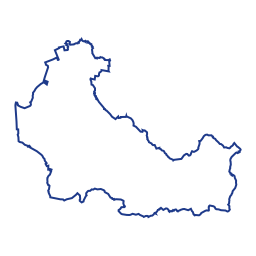 Somcuta Mare, Maramures, Romania (Mercator projection)
{"feature_id": "2599482B12476623860037", "entity_name": "Somcuta Mare", "entity_type": "district", "adm_level": 2, "iso_a3": "ROU", "parent_name": "Romania", "parent_adm1": "Maramures", "projection": "mercator", "projection_center": [23.535, 47.493], "detail": "fine", "context": "isolated", "style": "outline", "palette": "blue", "viewbox_px": 256, "rotation_deg": 0, "n_neighbors": 0, "source": "geoboundaries", "source_scale": "gbopen_adm2", "svg_char_len": 5752}
<svg xmlns="http://www.w3.org/2000/svg" viewBox="0 0 256 256"><path d="M228.5,211.2L229.8,209.6L229.3,208.1L229.4,206.1L228.2,204.6L228.9,203.8L229.2,202.6L229.1,202.2L229.4,200.4L229.2,199.2L230.2,196.3L231.5,194.7L231.8,193.7L232.2,193.3L232.7,191.1L235.2,188.0L236.3,184.7L236.0,182.7L236.1,180.6L234.8,177.8L234.6,176.2L233.5,175.1L232.6,174.8L232.3,175.6L231.5,175.2L231.7,174.2L231.4,173.6L230.4,173.7L230.2,172.7L229.3,171.6L229.7,169.6L230.3,168.0L230.1,167.2L230.8,164.7L230.6,161.6L230.3,160.9L230.4,159.2L231.6,157.0L235.9,152.8L236.7,152.5L237.6,153.1L239.4,152.2L238.8,151.4L239.9,151.0L240.3,150.5L240.6,149.5L240.1,148.8L237.9,146.9L237.2,146.6L234.3,143.0L233.4,144.1L233.0,145.1L232.2,145.9L230.7,146.8L230.3,147.7L229.4,148.3L227.3,147.9L226.2,147.3L224.1,147.5L223.0,145.6L221.1,144.1L219.7,143.9L218.6,142.5L216.0,140.1L215.3,138.9L213.5,138.1L213.2,137.1L212.8,137.1L212.8,136.5L212.4,136.4L211.5,135.3L208.3,135.3L207.4,134.7L206.5,134.7L205.4,134.9L203.8,136.2L202.6,138.3L200.6,140.9L199.2,141.1L199.6,142.3L199.5,144.1L198.3,147.6L198.4,148.5L198.1,149.2L196.6,150.5L194.2,151.8L193.4,151.8L192.1,151.2L191.3,152.6L190.6,154.7L189.7,155.5L188.8,155.6L187.3,154.0L186.2,153.9L183.9,155.4L181.4,158.9L174.2,159.8L173.3,160.4L173.1,159.8L169.6,158.3L168.8,157.2L168.1,156.9L167.4,155.7L166.4,154.9L166.2,154.0L164.8,153.0L164.1,151.4L163.6,150.9L161.7,150.3L160.8,149.1L159.4,148.6L159.4,147.8L156.4,148.6L154.7,145.0L153.0,145.1L152.0,144.3L151.6,143.5L149.0,142.2L148.6,141.0L147.9,140.2L147.6,138.9L147.3,138.9L147.4,137.4L147.1,137.3L147.0,136.2L146.7,135.5L147.1,134.1L147.0,132.3L144.7,130.4L144.1,130.6L143.0,130.2L143.1,130.4L142.7,130.7L142.4,131.8L140.5,131.6L136.0,126.8L133.5,125.6L133.7,123.8L133.4,122.2L132.5,120.2L130.9,118.4L126.4,116.3L126.3,115.9L126.0,116.9L120.9,117.0L120.9,117.5L120.5,117.8L118.6,118.0L118.2,116.5L115.5,119.1L112.0,116.7L110.2,114.2L106.5,110.5L105.6,110.2L105.1,109.1L104.0,109.0L103.9,107.9L98.8,101.8L97.3,99.0L97.0,99.5L96.3,99.1L96.4,98.7L95.3,96.5L96.0,96.4L95.9,96.0L94.6,95.3L94.9,93.8L94.0,93.6L94.1,92.9L94.8,92.6L94.2,91.5L95.0,90.5L95.0,88.3L92.9,85.1L91.5,84.6L91.3,81.5L90.5,79.7L90.7,78.7L89.9,78.2L91.9,78.9L94.7,79.5L95.2,75.9L97.8,76.3L98.4,76.1L98.9,75.5L99.1,73.5L99.5,72.4L100.4,72.1L101.7,70.7L101.6,70.1L108.8,71.4L108.5,70.8L108.6,67.2L108.3,65.9L109.6,65.9L109.2,61.6L110.1,60.5L109.7,59.4L108.4,60.1L104.9,60.0L104.3,59.4L104.5,58.9L104.1,58.5L102.2,57.4L100.8,57.4L100.3,57.1L99.6,58.0L97.1,57.7L96.9,58.4L96.1,58.0L95.3,58.2L92.3,53.2L92.4,52.3L92.0,49.7L92.4,48.7L93.0,48.1L92.0,47.0L92.6,46.6L91.2,44.4L90.6,44.4L90.1,43.9L90.5,43.7L89.6,43.2L89.3,42.7L88.8,42.9L88.3,42.6L88.2,42.0L87.4,42.5L87.3,41.5L86.9,41.7L86.0,41.2L85.5,41.7L85.2,40.9L84.1,41.4L82.8,41.0L82.1,40.3L81.5,39.0L80.6,40.2L80.1,40.0L79.9,40.8L79.1,41.6L78.9,42.6L78.3,42.3L77.7,43.4L76.2,43.2L74.1,44.1L73.9,44.4L70.1,44.7L69.9,44.1L69.5,44.0L69.9,41.9L68.5,41.0L67.2,41.0L66.4,41.5L66.1,42.6L65.4,43.4L66.9,44.0L66.4,44.5L66.3,45.1L67.6,45.6L68.0,46.4L67.8,46.9L68.1,47.1L67.7,47.8L68.0,49.2L67.6,50.0L64.5,50.3L63.6,46.4L59.0,47.4L59.2,48.1L54.9,50.2L58.7,59.6L58.5,59.9L57.8,59.9L57.6,59.0L56.5,57.7L52.8,59.5L45.2,62.4L45.9,64.1L45.9,64.7L47.8,65.8L48.1,67.3L44.7,77.5L43.7,81.1L45.5,82.2L45.8,81.0L47.6,81.7L46.8,84.5L43.5,82.0L42.9,82.8L40.9,83.9L37.1,87.1L35.5,89.0L34.6,90.7L33.0,92.8L33.1,94.3L32.7,95.5L32.8,97.8L31.1,101.8L30.2,102.3L30.7,103.1L30.9,104.5L30.6,105.4L29.9,106.0L24.6,108.2L20.6,106.8L18.0,105.4L17.6,104.9L17.9,104.6L17.2,102.7L15.9,102.5L15.5,104.3L15.4,105.6L16.5,121.5L16.8,129.3L18.2,129.4L18.3,133.6L17.7,134.6L18.4,137.1L18.6,141.2L19.7,142.0L22.4,142.6L24.8,144.8L27.7,145.8L27.8,146.4L29.2,145.7L30.1,146.6L29.6,147.2L36.8,151.2L41.3,154.7L42.3,155.7L43.3,157.7L44.6,159.1L44.6,160.0L45.0,161.0L46.6,163.1L45.6,163.9L46.8,166.1L48.3,165.7L48.2,169.7L49.2,169.7L49.9,169.0L51.3,169.5L50.3,170.7L51.2,171.1L49.9,174.6L48.5,175.9L47.3,178.1L47.5,178.6L47.3,179.5L47.5,182.1L47.2,182.8L48.2,185.0L48.6,184.9L49.5,185.8L49.0,189.2L48.2,190.7L48.7,191.8L48.5,192.0L48.9,193.3L50.2,196.0L50.3,197.3L60.3,199.3L63.0,199.4L64.2,200.5L66.7,199.3L71.9,198.1L76.0,194.8L77.4,193.2L79.9,195.5L80.2,199.1L79.7,199.8L79.8,200.9L81.7,202.4L83.5,201.5L83.7,200.3L85.9,196.0L86.6,195.4L86.2,194.5L86.2,193.2L87.7,191.3L88.3,190.9L90.2,190.8L91.7,189.4L93.2,189.6L94.8,188.6L97.4,189.4L100.8,189.0L103.8,190.2L104.5,190.8L104.6,191.7L105.1,192.3L108.2,193.9L110.5,197.6L112.0,198.0L112.4,199.0L114.0,198.9L114.2,199.8L115.9,199.2L120.9,199.5L123.5,200.8L123.6,201.5L123.3,203.2L124.0,205.5L124.9,206.3L124.5,207.1L121.4,207.2L120.3,208.9L118.6,210.1L118.6,211.1L121.1,213.7L122.1,214.2L126.6,214.9L129.3,215.0L130.4,214.8L132.6,213.8L135.9,214.7L138.6,213.9L139.9,214.9L143.3,216.4L143.8,216.9L145.7,216.0L147.1,215.9L148.1,216.2L148.4,217.0L150.6,215.8L152.3,215.6L153.6,214.5L154.5,213.1L155.4,213.5L155.2,213.2L155.5,212.7L156.0,212.7L157.3,211.1L157.8,210.0L158.3,210.0L158.5,210.4L158.5,209.8L158.9,209.7L159.2,209.0L160.0,208.5L160.1,208.8L161.0,207.9L163.3,209.9L166.0,208.4L167.1,208.6L168.2,209.5L168.6,210.1L168.8,211.2L169.5,211.8L170.0,211.1L170.7,211.3L171.1,211.0L171.5,211.3L172.1,211.3L173.1,210.0L173.6,210.3L173.3,210.7L173.8,210.8L174.4,210.0L175.3,209.5L176.2,209.6L177.3,211.2L177.9,211.4L178.2,210.9L179.8,210.4L180.2,210.0L182.9,209.1L184.3,209.0L188.2,210.2L190.9,208.8L191.9,211.0L192.9,212.1L193.5,214.2L194.4,214.7L194.4,215.2L194.7,215.4L195.6,215.0L199.0,215.3L200.4,214.4L201.3,213.0L205.3,210.8L206.5,210.4L208.6,210.6L208.9,210.2L208.7,207.1L209.0,206.8L209.0,206.2L209.8,205.5L213.6,206.3L214.8,207.2L215.4,208.6L216.3,209.2L218.7,209.4L221.0,210.2L225.5,210.5L227.4,211.5L228.5,211.2Z" fill="none" stroke="#1e3a8a" stroke-width="2"/></svg>